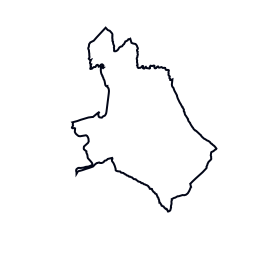 the district of Bumba, Équateur, Democratic Republic of the Congo, rotated 228°
{"feature_id": "63176286B7674321742221", "entity_name": "Bumba", "entity_type": "district", "adm_level": 2, "iso_a3": "COD", "parent_name": "Democratic Republic of the Congo", "parent_adm1": "Équateur", "projection": "robinson", "projection_center": [22.644, 2.675], "detail": "fine", "context": "isolated", "style": "outline", "palette": "ink", "viewbox_px": 256, "rotation_deg": 228, "n_neighbors": 0, "source": "geoboundaries", "source_scale": "gbopen_adm2", "svg_char_len": 5886}
<svg xmlns="http://www.w3.org/2000/svg" viewBox="0 0 256 256"><g transform="rotate(228 128 128)"><path d="M128.4,59.1L128.7,60.1L129.0,60.5L129.2,61.0L129.1,61.7L128.8,63.0L128.3,63.7L127.2,65.9L125.8,69.2L124.2,72.7L122.8,76.1L122.8,76.9L123.0,78.8L122.9,81.0L122.7,81.6L122.4,81.9L122.2,82.6L121.6,83.5L121.4,83.7L120.7,83.8L119.6,85.0L119.1,86.4L119.0,87.3L119.3,88.7L118.5,90.3L118.5,92.3L116.4,96.2L115.9,96.1L115.4,95.6L115.2,94.8L114.1,94.0L111.5,93.7L109.9,93.2L108.5,92.7L105.8,91.4L105.1,90.7L104.2,90.6L103.0,91.2L100.8,93.1L99.5,93.0L97.6,94.5L96.9,94.5L96.0,94.9L95.4,94.9L94.7,95.3L93.5,95.4L92.8,96.0L92.1,96.1L91.9,96.3L91.0,96.3L90.3,97.1L89.1,97.5L88.6,97.9L86.2,98.1L85.6,98.7L85.2,98.9L84.8,99.4L83.8,99.4L82.2,99.8L81.4,99.8L79.5,101.1L78.5,101.0L77.8,101.3L77.2,102.0L76.1,102.1L75.8,102.2L75.4,102.3L74.9,102.8L74.2,103.0L72.6,103.8L71.6,104.1L71.0,104.1L70.5,103.9L69.8,104.0L69.6,104.1L68.3,103.5L68.1,103.6L67.2,104.6L66.7,104.6L66.5,104.9L65.8,104.5L63.7,104.2L63.1,104.3L62.2,104.6L61.6,104.3L61.2,104.3L59.7,104.9L58.1,104.2L57.2,104.1L56.7,103.7L55.4,103.7L54.6,103.1L53.9,103.0L52.7,102.3L52.4,101.9L52.0,101.8L51.5,101.4L51.2,101.8L48.2,101.3L47.9,101.0L47.4,101.1L45.9,101.9L44.1,101.7L43.5,101.9L42.8,101.8L42.3,102.5L42.1,102.6L41.4,102.2L41.1,102.4L40.3,102.3L39.3,101.8L38.8,102.3L38.5,103.9L38.6,104.4L40.1,106.8L40.5,106.9L41.7,108.3L42.0,108.9L43.0,110.1L43.6,110.5L44.6,111.4L44.9,112.2L45.9,112.9L45.2,115.5L44.6,116.6L44.1,119.1L43.4,119.9L41.7,123.6L40.3,125.0L39.6,126.5L39.5,127.7L39.5,128.9L40.1,130.9L40.6,132.2L41.9,134.9L41.9,135.4L42.9,135.8L44.2,136.6L44.9,136.9L44.9,137.3L45.1,140.4L45.2,144.8L45.2,153.8L45.6,158.7L45.8,159.8L46.7,160.4L47.4,162.1L48.1,163.1L48.9,165.2L49.0,168.2L49.3,169.2L50.2,169.8L51.0,170.6L52.2,171.1L54.2,173.5L54.3,173.9L53.8,175.3L53.6,176.7L53.6,178.3L53.3,179.2L53.5,179.9L55.3,180.1L57.0,180.1L59.0,179.7L60.2,179.7L60.4,179.5L61.5,179.3L61.9,179.4L62.7,179.5L64.5,179.1L65.9,178.4L68.0,177.9L69.1,177.4L71.9,177.1L73.6,177.2L74.2,177.4L75.2,177.1L76.0,177.1L80.2,176.7L81.2,176.3L81.3,176.4L82.7,176.1L83.8,176.2L84.9,176.5L85.4,176.4L88.3,176.9L90.0,177.3L90.2,177.5L92.6,177.6L94.6,178.4L94.6,178.6L96.8,178.9L97.7,179.1L99.7,179.3L101.5,180.2L101.5,180.3L101.8,180.6L102.9,180.6L103.4,180.9L104.2,181.8L105.8,182.2L107.1,182.3L107.2,182.6L108.3,182.6L111.0,183.3L112.0,183.4L116.8,184.8L119.2,185.9L119.4,186.2L124.8,187.5L127.4,188.6L129.0,188.6L129.8,188.9L131.0,189.7L134.4,193.5L134.9,191.9L135.5,191.5L136.3,192.2L137.4,192.2L137.6,192.4L138.3,193.5L138.6,193.6L139.8,193.4L140.6,193.8L141.2,194.6L142.1,195.1L143.5,196.9L143.9,196.9L144.5,196.5L145.6,195.2L146.2,195.1L147.8,195.8L148.4,195.3L149.3,194.1L149.7,193.9L150.5,193.8L150.9,193.6L151.7,191.9L152.2,191.4L152.6,191.3L153.6,191.5L153.9,191.0L153.9,190.0L153.7,189.1L154.1,188.2L154.4,188.0L155.1,188.0L155.7,188.4L156.4,189.2L156.8,189.2L157.3,188.7L157.8,187.5L158.2,187.1L159.0,186.6L159.2,186.4L159.1,185.9L158.9,185.5L158.9,185.3L157.8,184.5L157.7,184.3L157.8,183.8L158.2,183.4L158.7,183.2L159.5,182.4L160.0,182.0L161.5,182.2L161.6,181.8L161.2,180.4L161.3,179.9L161.9,179.3L162.5,179.2L163.6,180.4L163.9,180.6L164.3,180.4L164.5,180.1L164.2,178.9L164.6,177.2L165.1,176.7L165.4,176.1L165.8,175.8L166.7,175.8L167.7,176.5L168.4,176.6L168.5,177.4L169.2,177.6L169.9,178.3L170.9,178.7L172.2,180.1L172.9,180.4L173.6,180.8L174.1,181.4L174.5,182.5L175.3,183.2L175.7,184.1L176.0,184.5L177.5,185.3L178.2,186.3L179.3,186.3L179.9,186.9L180.1,187.5L180.3,188.4L181.3,189.0L181.8,189.0L183.3,189.7L184.6,189.8L185.4,189.8L187.6,188.2L189.0,187.6L192.8,189.4L193.0,188.5L193.7,187.7L193.4,186.4L193.7,184.8L194.1,184.0L193.0,181.2L193.1,180.0L192.7,178.4L192.9,177.7L193.4,177.0L193.6,175.3L192.9,173.0L192.9,171.6L193.2,170.4L193.8,169.6L194.3,169.2L194.7,169.3L195.9,170.5L197.4,171.5L197.6,172.0L198.1,172.5L198.7,172.8L199.9,173.1L201.8,174.2L202.1,174.6L202.9,174.6L203.2,174.7L203.6,175.4L204.0,175.5L204.9,176.3L205.5,176.5L206.1,177.4L206.4,177.6L206.9,177.8L207.4,178.6L207.8,178.9L208.7,179.4L210.2,179.5L211.2,179.5L212.4,179.5L213.5,178.9L214.4,178.5L217.5,178.5L216.3,165.0L215.8,161.0L216.8,157.3L216.3,155.2L214.5,153.1L214.1,152.1L213.5,151.5L212.0,151.0L209.4,149.1L209.0,148.9L208.1,148.0L206.9,147.2L206.2,146.5L205.7,145.2L203.9,145.2L203.7,145.3L203.4,146.1L203.1,145.3L202.1,143.6L201.7,143.2L200.9,142.9L200.0,143.3L199.8,142.6L199.3,141.8L198.8,141.9L198.5,141.7L197.5,139.8L197.1,139.6L196.8,139.8L196.2,141.0L196.3,141.9L196.1,143.4L195.2,144.5L195.2,145.0L195.7,146.3L195.6,147.1L195.2,147.7L194.8,147.7L194.0,147.7L193.4,147.2L193.1,147.2L193.0,147.4L193.2,148.2L192.9,148.9L193.2,150.0L193.0,150.9L192.4,151.5L191.0,151.6L190.7,151.4L190.4,151.0L190.0,149.7L189.6,149.7L189.2,150.1L189.2,149.5L190.1,149.3L190.5,149.7L191.0,149.9L191.2,149.7L191.5,149.1L191.4,148.7L189.2,146.5L187.6,145.3L186.1,144.5L183.8,143.9L183.7,143.7L182.1,143.3L180.6,142.6L179.5,142.4L178.4,141.9L175.1,139.9L173.8,139.8L173.4,140.0L173.0,140.8L172.1,140.1L170.8,140.1L169.8,139.7L168.2,138.6L166.6,136.9L154.6,123.0L153.4,121.4L152.7,119.4L152.8,118.7L153.3,117.3L153.2,115.5L154.3,114.5L155.2,113.9L156.1,113.9L157.6,114.7L158.6,115.8L159.1,117.6L159.4,115.0L159.6,109.4L160.4,108.4L162.3,105.6L165.8,98.2L167.0,95.2L169.4,90.5L168.6,90.5L167.4,89.2L166.5,88.7L166.0,86.9L165.7,86.5L165.0,86.6L164.7,86.9L163.9,88.0L163.1,88.4L160.7,85.9L159.8,85.6L158.5,85.4L156.6,85.6L155.1,85.9L153.9,86.9L150.7,91.9L149.4,92.3L147.9,92.0L146.4,91.4L144.3,89.8L143.7,88.3L143.7,82.9L142.6,81.6L141.7,81.0L140.7,81.1L138.5,81.5L137.6,80.6L136.2,80.1L135.8,80.1L134.3,79.2L133.4,78.5L132.4,78.0L128.1,78.0L126.4,77.9L125.4,77.6L124.8,77.1L124.5,76.3L125.8,72.8L127.4,70.6L128.1,68.9L129.1,67.3L130.2,65.8L131.1,65.0L131.6,64.3L131.8,63.3L131.8,62.1L131.4,61.3L130.6,60.6L129.5,60.1L128.4,59.1Z" fill="none" stroke="#020617" stroke-width="2"/></g></svg>